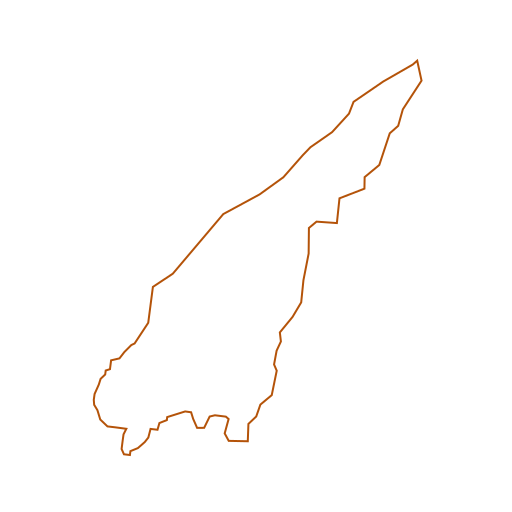 the district of Akdarya, Samarkand, Uzbekistan, rotated 276°
{"feature_id": "79887680B91755073573876", "entity_name": "Akdarya", "entity_type": "district", "adm_level": 2, "iso_a3": "UZB", "parent_name": "Uzbekistan", "parent_adm1": "Samarkand", "projection": "albers", "projection_center": [66.738, 39.79], "detail": "fine", "context": "isolated", "style": "outline", "palette": "amber", "viewbox_px": 512, "rotation_deg": 276, "n_neighbors": 0, "source": "geoboundaries", "source_scale": "gbopen_adm2", "svg_char_len": 1127}
<svg xmlns="http://www.w3.org/2000/svg" viewBox="0 0 512 512"><g transform="rotate(276 256 256)"><path d="M236.8,305.7L263.9,308.1L289.4,305.7L296.5,312.6L297.2,333.0L322.1,333.0L334.3,356.8L345.8,355.8L359.4,369.1L392.0,376.2L400.3,383.8L417.2,386.7L447.7,402.3L467.1,395.9L462.8,391.9L442.9,364.4L419.5,336.9L407.3,333.6L387.1,318.7L369.9,298.8L361.3,292.1L337.2,275.0L317.6,253.1L294.3,219.1L229.7,175.1L214.5,156.7L178.3,155.8L156.3,144.4L154.4,141.3L146.7,135.1L139.9,130.9L137.1,122.8L128.2,122.6L126.4,118.5L122.4,118.4L117.6,114.3L111.7,113.1L101.9,109.9L96.0,109.7L91.1,110.6L86.1,114.4L77.1,118.2L71.0,126.1L70.9,134.1L70.6,145.1L64.8,142.9L58.8,142.7L50.0,142.5L45.0,145.4L44.9,151.4L48.8,151.5L52.6,158.6L59.3,164.8L64.2,167.9L73.0,169.2L72.9,176.2L79.8,177.4L83.5,184.5L86.5,184.5L94.0,201.8L93.8,207.8L87.5,210.5L78.9,215.4L79.7,222.4L91.5,226.7L93.3,231.8L93.1,242.8L91.0,245.8L76.3,243.4L69.3,248.2L70.9,267.2L88.2,266.0L96.4,273.0L108.7,275.9L119.3,286.2L144.1,288.6L150.0,285.3L164.0,286.4L173.6,289.7L182.5,287.7L199.2,298.7L214.6,305.8L236.8,305.7Z" fill="none" stroke="#b45309" stroke-width="2"/></g></svg>